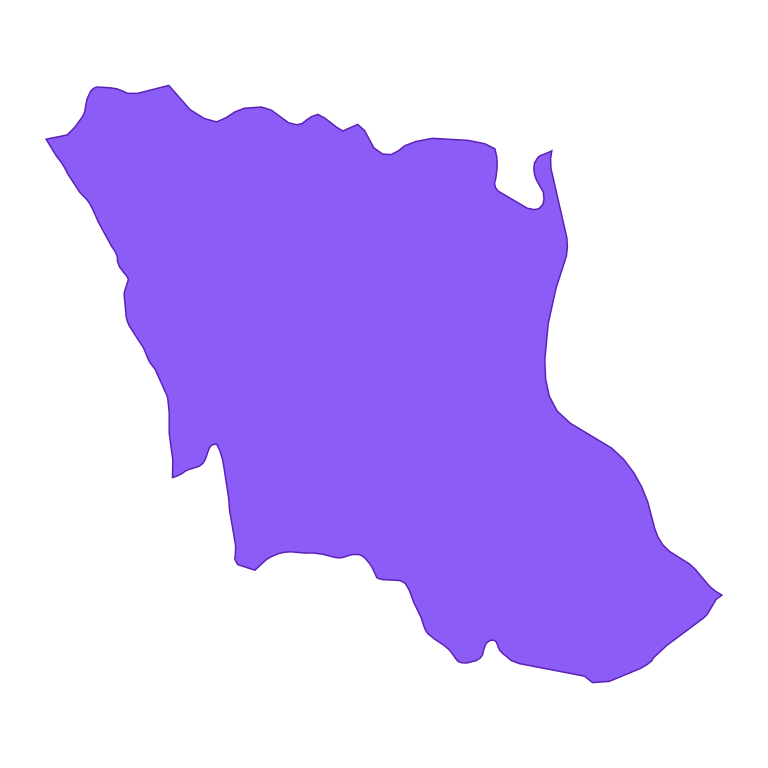 an SVG outline of Mukdahan
{"feature_id": "THA-473", "entity_name": "Mukdahan", "entity_type": "Province", "adm_level": 1, "iso_a3": "THA", "parent_name": "Thailand", "parent_adm1": "", "projection": "robinson", "projection_center": [104.5, 16.543], "detail": "fine", "context": "isolated", "style": "filled", "palette": "violet", "viewbox_px": 768, "rotation_deg": 0, "n_neighbors": 0, "source": "natural_earth", "source_scale": "10m", "svg_char_len": 2752}
<svg xmlns="http://www.w3.org/2000/svg" viewBox="0 0 768 768"><path d="M551.8,150.8L550.6,158.4L550.9,168.1L566.9,238.0L567.4,247.3L566.3,256.5L556.1,288.0L548.2,323.6L544.8,359.9L545.6,379.0L549.3,396.3L557.2,411.1L570.2,423.2L611.6,448.1L623.9,459.6L633.9,472.9L641.7,486.9L647.8,502.1L654.7,528.5L658.0,537.2L662.8,544.9L669.6,551.5L689.4,563.9L695.3,569.4L709.7,586.4L715.5,591.2L721.9,595.2L716.1,599.4L707.7,613.6L706.8,614.8L703.7,617.9L666.8,645.4L653.2,658.1L651.9,660.7L647.4,664.3L640.5,668.4L609.2,681.4L592.5,682.6L584.5,676.2L519.2,663.6L510.9,660.4L507.9,657.6L503.0,653.8L500.2,650.9L498.4,647.7L497.4,644.6L495.7,641.1L493.4,640.2L490.6,640.3L488.2,641.7L486.2,643.4L485.0,645.8L483.2,651.5L482.7,654.6L480.3,657.9L476.3,660.6L466.8,663.0L462.0,662.8L458.4,661.6L456.5,659.7L450.4,651.1L447.4,648.2L443.2,644.8L434.8,639.3L428.0,633.8L425.6,630.4L423.7,625.7L421.1,617.6L413.8,602.4L409.6,591.1L408.0,587.9L405.2,583.5L402.3,581.5L399.1,580.5L382.6,579.6L379.1,578.7L376.9,577.7L371.8,566.9L369.4,563.3L364.7,557.8L361.8,555.8L359.2,554.6L353.3,554.5L350.4,555.0L342.6,557.5L339.3,557.8L335.8,557.6L322.0,554.1L312.3,552.9L305.6,553.1L290.5,551.8L284.3,552.3L278.5,553.6L271.2,556.7L266.6,559.4L254.9,570.2L237.7,564.6L236.1,561.8L234.7,558.5L235.3,555.1L235.6,547.8L235.4,544.3L229.5,509.8L228.7,498.1L222.8,460.3L219.6,449.9L216.7,444.2L213.9,444.4L211.5,445.3L209.8,447.4L208.6,449.9L205.7,458.4L204.4,461.1L202.9,463.2L200.9,465.1L198.6,466.5L187.9,469.8L185.6,471.0L181.3,473.9L177.0,476.0L172.5,477.6L172.8,459.8L169.2,433.2L169.2,412.5L167.6,397.1L155.2,369.4L150.4,363.2L148.9,360.8L143.6,348.0L129.3,326.0L127.3,321.2L126.2,316.8L124.1,294.5L124.6,291.2L128.4,279.6L126.9,276.2L124.0,272.9L119.3,266.5L117.6,261.7L117.1,255.8L115.0,251.4L111.6,246.3L98.2,221.8L92.8,209.4L89.7,203.6L86.8,199.6L85.1,197.7L83.4,196.1L79.8,192.3L68.0,174.3L64.7,167.9L61.4,162.5L56.5,156.2L46.1,139.2L67.0,135.0L74.7,127.4L81.9,117.5L83.8,114.2L84.8,111.2L86.1,103.3L87.3,98.4L90.7,91.1L93.6,88.3L97.1,87.0L110.3,87.8L116.7,88.8L122.4,90.9L127.3,93.3L137.5,93.4L168.8,85.4L189.9,109.5L204.2,118.5L216.7,121.9L226.1,117.7L234.5,112.1L244.4,108.2L261.3,107.0L271.3,110.1L288.5,122.7L296.8,124.8L302.2,123.5L307.0,119.6L311.8,116.5L318.0,114.4L324.8,118.1L336.6,127.2L342.7,131.0L357.6,124.4L364.6,130.6L373.8,147.8L382.7,154.1L390.9,154.6L398.0,151.1L404.8,145.7L415.9,141.5L432.4,138.3L468.3,140.4L484.7,143.7L494.9,148.8L496.6,156.2L497.1,162.4L497.1,167.7L495.9,177.8L494.5,183.4L495.4,187.4L498.0,191.0L527.4,208.3L534.1,209.6L538.6,208.8L542.8,204.6L544.0,199.1L543.3,192.2L536.3,179.7L534.5,174.4L533.8,168.5L534.5,163.0L537.5,158.0L539.6,155.9L548.5,152.4L551.6,150.9L551.8,150.8Z" fill="#8b5cf6" stroke="#5b21b6" stroke-width="1.5"/></svg>